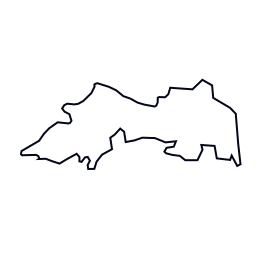 Chartak, Namangan, Uzbekistan (Albers equal-area conic projection), rotated 265°
{"feature_id": "79887680B43665894395177", "entity_name": "Chartak", "entity_type": "district", "adm_level": 2, "iso_a3": "UZB", "parent_name": "Uzbekistan", "parent_adm1": "Namangan", "projection": "albers", "projection_center": [71.805, 41.256], "detail": "fine", "context": "isolated", "style": "outline", "palette": "ink", "viewbox_px": 256, "rotation_deg": 265, "n_neighbors": 0, "source": "geoboundaries", "source_scale": "gbopen_adm2", "svg_char_len": 1208}
<svg xmlns="http://www.w3.org/2000/svg" viewBox="0 0 256 256"><g transform="rotate(265 128 128)"><path d="M82.1,236.9L101.7,236.4L132.8,236.6L139.2,231.4L150.6,215.5L163.1,215.5L169.5,206.3L160.9,195.6L164.4,173.6L158.1,171.1L155.4,167.7L156.1,161.7L155.6,160.3L150.9,159.8L147.8,158.1L147.1,156.4L149.9,146.2L152.5,139.7L157.1,132.9L160.1,126.2L166.6,119.5L170.6,112.7L175.3,101.4L174.8,99.3L174.3,98.3L172.1,98.3L165.9,94.5L158.8,85.8L156.4,80.4L156.2,76.5L157.5,69.6L156.3,66.5L153.2,64.1L149.8,66.2L146.9,70.8L140.2,72.3L138.2,70.8L137.7,69.2L139.8,58.4L134.6,49.5L129.6,43.8L123.0,38.3L114.3,19.9L111.2,19.1L110.1,20.0L109.2,34.2L107.7,36.3L105.2,36.9L104.9,36.4L104.5,43.4L101.2,50.3L98.5,56.7L102.2,64.2L106.8,74.6L103.3,77.1L99.0,76.7L98.3,78.8L102.4,82.5L102.7,85.3L98.7,87.2L94.6,84.6L90.7,84.8L90.2,90.9L97.1,93.7L103.7,99.8L108.3,110.2L119.8,109.5L122.6,114.2L128.1,120.2L124.6,123.8L114.2,124.5L115.1,133.5L117.1,141.4L115.6,154.0L110.4,164.1L110.6,174.6L105.4,172.0L104.9,164.7L101.3,162.2L99.5,163.7L97.4,169.6L95.7,177.2L90.9,182.3L89.9,194.4L99.8,200.3L104.7,199.6L102.6,212.7L90.0,213.8L87.3,226.9L91.5,228.9L80.7,233.5L82.1,236.9Z" fill="none" stroke="#020617" stroke-width="2"/></g></svg>